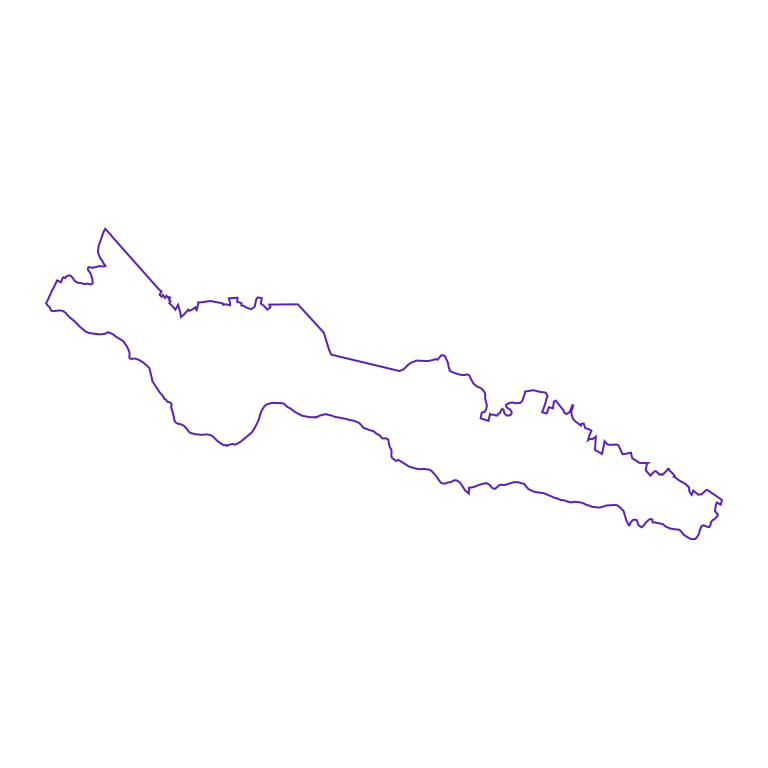 the district of Cuichapa, Veracruz, Mexico
{"feature_id": "50627088B80295006421771", "entity_name": "Cuichapa", "entity_type": "district", "adm_level": 2, "iso_a3": "MEX", "parent_name": "Mexico", "parent_adm1": "Veracruz", "projection": "equal_earth", "projection_center": [-96.819, 18.77], "detail": "fine", "context": "isolated", "style": "outline", "palette": "violet", "viewbox_px": 768, "rotation_deg": 0, "n_neighbors": 0, "source": "geoboundaries", "source_scale": "gbopen_adm2", "svg_char_len": 6063}
<svg xmlns="http://www.w3.org/2000/svg" viewBox="0 0 768 768"><path d="M46.1,303.2L47.5,305.3L49.9,307.5L51.1,310.6L53.3,311.2L59.8,310.4L63.0,311.0L65.8,313.0L68.6,316.4L75.0,321.7L79.3,326.2L85.5,331.5L89.0,333.0L98.0,334.2L101.9,334.3L106.0,333.5L107.8,332.2L110.3,333.0L113.6,334.7L115.9,336.7L123.0,340.9L126.4,345.7L128.1,348.8L129.4,352.4L129.6,355.4L129.3,357.5L130.0,358.3L131.2,359.0L134.2,358.5L135.5,358.7L139.0,359.9L143.9,363.1L147.1,365.8L148.9,367.6L149.5,368.7L151.7,377.5L152.3,381.1L159.6,392.3L163.0,396.1L164.5,399.0L165.9,399.6L167.3,401.8L169.2,402.0L171.7,404.0L171.1,407.5L172.0,409.9L172.4,411.8L173.0,413.3L174.7,421.2L175.6,422.4L176.9,423.2L178.6,423.9L180.8,424.2L183.8,425.7L187.3,429.5L188.4,431.2L190.1,432.8L195.0,434.1L198.9,434.6L201.5,434.8L206.9,434.4L210.2,435.0L212.8,436.4L217.1,440.7L219.3,442.4L223.7,445.2L225.6,445.0L227.0,446.0L228.0,445.1L232.9,443.8L234.5,444.6L236.8,444.0L241.1,441.4L251.7,432.5L254.5,428.3L258.4,420.7L260.8,412.6L261.8,410.4L264.0,406.8L266.0,404.8L270.3,403.3L272.0,403.0L275.8,402.9L277.2,403.2L281.1,403.0L284.0,403.8L287.4,407.0L290.4,408.4L294.9,411.9L302.2,415.8L310.2,417.2L314.0,417.2L315.5,417.6L315.8,416.9L317.5,416.9L318.7,416.1L320.7,415.3L326.3,414.1L327.7,414.8L332.1,415.6L334.2,416.7L345.1,418.7L350.2,420.2L353.8,420.7L359.2,423.0L362.1,426.0L363.1,427.6L367.9,429.5L373.9,431.4L376.4,433.7L379.4,435.2L381.0,436.7L381.3,437.6L382.7,438.5L385.9,438.3L388.3,439.5L388.9,443.8L389.8,447.1L391.3,449.6L391.6,452.6L391.3,453.7L391.4,456.4L392.3,458.1L396.1,461.0L398.3,459.8L409.1,466.6L415.0,468.4L419.4,469.2L424.3,468.9L429.8,469.8L431.4,470.9L432.7,472.2L436.1,476.0L439.9,481.5L441.8,483.3L445.4,483.6L447.2,482.6L450.8,482.1L454.1,480.3L456.6,480.4L459.2,481.9L460.3,483.0L465.2,490.5L468.8,493.6L469.1,487.6L470.0,487.8L474.9,486.6L480.0,484.5L486.2,483.1L489.5,484.7L491.8,487.5L493.5,488.6L495.1,488.8L499.7,484.9L505.3,484.9L514.0,482.1L518.5,482.3L520.4,483.0L524.3,483.9L526.1,486.5L528.6,489.2L534.9,492.0L543.5,493.1L551.5,496.4L554.6,497.9L557.4,498.5L560.8,500.0L564.8,500.5L568.2,501.8L571.6,502.4L574.5,501.7L580.5,502.4L583.0,503.1L586.5,504.9L589.2,505.6L591.9,506.8L599.8,507.6L606.5,505.5L614.3,505.0L617.1,505.2L621.0,508.3L623.7,511.3L626.4,520.6L628.8,525.3L629.8,524.9L630.6,522.4L633.0,520.0L634.7,519.6L636.8,520.2L638.4,525.1L641.7,527.3L643.9,525.4L644.8,523.8L646.2,522.2L648.8,519.8L650.4,519.0L652.3,519.6L652.4,521.4L652.9,522.5L654.8,522.4L662.8,524.1L665.4,526.4L670.2,528.5L674.2,529.2L679.3,529.7L681.2,531.5L683.5,534.6L686.8,536.8L691.1,539.2L695.2,539.0L697.3,536.7L698.9,533.9L699.9,530.2L701.5,526.1L703.7,525.3L707.2,526.8L709.3,527.1L710.5,524.8L710.9,522.4L712.3,520.4L714.6,519.1L717.9,515.3L717.4,513.7L717.0,513.8L715.0,510.8L715.8,505.2L716.8,502.5L720.8,504.6L721.9,499.9L707.1,489.8L705.8,490.4L702.0,493.9L701.1,494.4L698.1,494.6L693.3,490.6L691.7,494.8L690.8,493.7L689.2,491.0L689.2,487.9L688.4,486.4L687.7,486.1L687.4,486.2L686.4,484.6L678.6,480.1L675.1,477.2L673.8,476.8L674.5,475.7L672.1,472.9L669.3,470.5L668.9,469.0L667.9,468.9L665.9,471.6L664.4,472.9L663.2,474.4L661.6,474.2L661.5,474.7L658.8,474.4L658.2,473.2L655.7,471.1L654.4,471.5L650.4,475.6L645.7,470.3L646.8,464.1L648.1,463.1L639.4,462.9L632.2,458.1L630.9,452.6L625.3,453.9L622.4,454.1L618.6,445.5L616.7,444.5L610.0,444.9L607.4,444.4L604.6,441.2L602.0,453.9L595.0,449.9L595.8,436.6L594.0,438.1L592.3,439.0L589.7,439.0L588.0,440.2L589.6,434.7L591.4,431.1L591.3,430.6L589.0,429.3L585.3,428.2L583.7,423.5L581.5,423.7L581.0,425.6L575.0,421.1L573.0,418.8L571.8,415.4L571.2,411.7L573.2,405.4L572.4,405.2L569.7,412.0L566.5,414.1L564.1,412.4L563.5,410.4L555.7,400.6L553.9,401.7L553.0,408.3L548.9,407.2L546.7,413.4L544.3,412.9L542.2,412.2L545.1,404.1L546.6,398.4L547.6,396.3L545.9,393.0L544.5,392.4L539.5,391.8L533.4,390.2L525.0,391.6L524.9,393.2L522.5,400.3L522.2,401.0L520.0,403.1L517.8,402.8L516.3,403.4L512.1,402.4L509.2,403.0L505.9,404.9L506.3,406.6L507.1,407.7L509.9,409.4L511.4,411.5L511.7,412.6L511.2,414.4L509.2,415.5L507.2,415.6L506.5,415.3L505.5,414.5L504.4,413.1L503.6,409.9L502.4,408.8L501.0,410.5L499.5,413.6L498.3,413.6L497.1,415.6L495.9,415.6L494.4,414.8L490.6,414.6L490.0,414.0L488.5,420.9L480.6,418.3L481.7,412.9L482.2,412.3L484.4,412.1L486.1,409.5L486.9,405.5L485.1,398.2L485.2,394.9L485.1,393.2L483.9,391.3L481.6,388.8L479.7,387.5L477.8,387.0L473.7,383.9L471.5,380.1L469.3,375.4L467.7,374.5L466.2,374.5L465.1,375.0L461.6,375.0L455.0,373.2L450.2,371.1L449.6,370.5L449.6,369.5L448.8,367.7L447.9,362.6L446.5,359.5L445.6,358.3L445.4,356.5L443.5,355.5L442.1,355.1L441.1,355.5L439.1,357.8L438.2,359.2L437.4,359.8L435.8,359.0L433.4,359.9L428.0,361.1L417.2,360.6L415.5,360.9L413.3,362.0L411.6,362.4L408.1,364.8L405.3,367.7L403.1,369.6L399.4,371.0L331.1,354.6L329.2,350.1L323.8,332.7L297.9,304.3L269.3,304.6L270.5,307.2L267.3,309.6L263.8,305.7L260.8,303.6L261.8,298.2L257.7,297.4L256.3,299.2L254.6,306.9L251.4,309.1L250.7,309.1L245.8,307.3L243.8,305.9L241.4,305.5L241.5,303.1L237.2,301.8L237.5,297.7L228.8,298.3L230.2,303.5L230.1,305.2L225.8,304.3L222.9,304.7L222.6,303.3L210.3,301.0L199.9,302.5L198.3,302.3L198.0,305.1L196.6,310.1L196.0,309.4L195.4,307.3L191.1,310.2L189.2,310.8L188.4,309.6L183.8,314.7L180.9,317.0L180.2,312.2L178.1,304.9L175.3,309.7L172.2,305.8L169.3,303.1L170.5,301.3L169.1,300.0L170.1,297.7L169.4,297.1L168.7,298.1L166.4,295.8L165.1,298.0L162.9,295.0L161.7,296.8L159.6,294.7L161.5,291.3L161.2,291.0L160.9,291.2L158.3,288.7L112.1,236.6L110.9,234.9L105.2,228.8L104.0,230.9L98.7,245.8L97.9,251.4L98.7,254.5L100.5,258.4L101.3,259.8L102.4,261.0L103.1,262.8L104.0,264.0L105.0,265.0L105.4,266.1L101.9,266.5L99.2,266.1L95.8,267.2L94.7,267.2L92.2,267.8L88.9,267.1L88.3,267.5L87.8,269.1L88.4,270.6L90.3,273.0L91.0,274.7L92.5,279.7L92.6,283.3L90.9,284.5L88.0,283.7L86.8,283.6L84.9,284.2L83.7,284.0L82.2,283.3L78.8,282.9L77.1,282.4L75.5,281.5L73.7,279.7L73.3,278.5L70.7,275.8L69.2,275.3L66.2,276.4L65.2,278.1L63.3,277.3L62.9,277.5L60.8,282.3L57.1,280.4L54.0,287.1L51.7,291.2L48.2,299.2L46.1,303.2Z" fill="none" stroke="#5b21b6" stroke-width="2"/></svg>